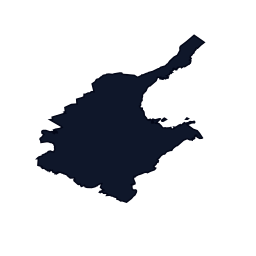 the district of Kota Bandar Lampung, Lampung, Indonesia, rotated 254°
{"feature_id": "22746128B13880384963573", "entity_name": "Kota Bandar Lampung", "entity_type": "district", "adm_level": 2, "iso_a3": "IDN", "parent_name": "Indonesia", "parent_adm1": "Lampung", "projection": "equal_earth", "projection_center": [105.271, -5.429], "detail": "fine", "context": "isolated", "style": "filled", "palette": "ink", "viewbox_px": 256, "rotation_deg": 254, "n_neighbors": 0, "source": "geoboundaries", "source_scale": "gbopen_adm2", "svg_char_len": 5863}
<svg xmlns="http://www.w3.org/2000/svg" viewBox="0 0 256 256"><g transform="rotate(254 128 128)"><path d="M189.3,224.9L198.9,217.1L194.8,208.1L192.0,200.9L190.8,200.0L188.3,199.5L184.3,195.6L183.4,191.7L180.8,186.6L178.8,184.2L178.4,182.8L177.3,181.0L177.3,176.2L176.4,174.2L176.6,173.4L175.5,167.3L175.6,163.0L175.3,162.5L175.3,160.3L174.8,157.0L175.2,156.0L174.7,155.5L174.1,151.9L174.3,150.8L176.8,148.6L179.1,142.7L179.1,141.8L179.5,141.8L180.7,138.3L181.8,137.1L182.5,137.1L183.1,135.5L183.8,129.6L183.7,127.9L185.1,124.5L185.5,122.3L184.9,120.6L185.3,120.3L185.4,118.7L184.4,116.6L184.4,115.8L183.8,115.4L183.8,114.5L183.2,113.9L183.4,111.6L183.1,110.8L181.5,109.2L180.3,105.7L172.2,105.4L172.9,103.3L172.7,102.0L172.1,101.1L172.6,99.3L172.1,96.2L172.5,95.1L169.8,94.1L170.0,93.2L169.8,92.5L169.8,86.6L165.1,85.6L166.2,80.0L165.1,73.0L161.0,72.4L160.9,71.0L159.5,72.0L159.3,58.1L157.1,58.0L157.5,55.2L148.1,64.3L146.8,64.9L146.3,62.0L146.8,58.1L146.6,55.8L144.8,56.2L145.0,58.1L143.8,58.8L143.8,58.4L142.9,58.5L143.1,58.0L143.9,57.5L142.9,55.6L143.8,54.6L144.2,54.6L144.5,55.6L145.2,55.3L145.1,54.5L145.6,53.7L145.7,52.0L148.3,48.3L149.0,45.7L148.8,44.7L148.0,44.6L148.0,44.1L146.6,44.0L146.0,45.0L144.8,45.4L144.6,44.5L144.1,44.3L143.0,42.8L142.2,40.7L141.3,40.3L140.0,40.7L138.1,40.4L137.2,46.9L136.7,47.4L136.7,48.2L135.6,49.2L135.2,50.5L133.9,51.7L133.9,52.2L130.1,52.5L129.2,51.9L127.7,52.0L126.5,50.8L125.6,50.4L125.4,49.9L126.4,47.9L127.1,47.3L127.3,45.9L126.9,45.4L127.3,44.9L126.3,43.3L126.2,41.7L125.6,40.8L125.8,40.4L125.6,38.2L124.5,37.4L124.8,35.9L124.6,34.9L124.8,34.6L124.2,33.9L124.3,33.3L123.6,32.0L123.2,33.4L117.0,31.1L114.8,34.6L114.4,34.1L114.1,34.6L113.5,34.3L112.7,34.8L112.7,35.7L111.7,37.0L110.3,37.9L110.1,38.5L109.1,38.9L109.0,40.3L108.1,40.4L108.4,40.9L108.3,41.3L109.0,41.7L108.2,42.7L108.1,43.7L106.4,43.6L105.9,44.1L105.9,44.9L105.3,45.5L104.2,45.2L104.0,46.2L103.6,46.4L104.1,48.4L104.9,47.4L104.9,48.9L104.3,49.5L103.8,51.4L103.1,51.9L102.7,52.5L102.8,53.0L101.8,53.6L101.9,54.1L100.8,54.9L100.5,56.1L99.0,56.6L95.9,58.7L94.9,62.8L93.4,62.7L93.3,62.2L92.9,62.5L92.6,62.0L92.2,62.2L92.0,61.7L87.7,64.4L87.3,65.0L87.4,66.4L84.7,67.0L84.9,70.4L83.3,70.6L82.2,72.3L80.8,76.7L80.7,79.5L80.8,80.8L81.1,81.0L81.1,82.5L81.7,82.7L81.7,84.5L82.2,85.1L81.8,87.4L78.4,85.2L75.0,87.6L75.1,85.9L74.6,85.8L74.8,83.7L74.1,82.8L73.5,83.6L73.9,84.7L72.7,86.3L72.0,86.5L71.2,89.1L70.1,90.0L69.1,88.9L68.3,92.6L67.8,93.2L67.3,93.2L67.0,94.3L65.5,95.9L64.5,97.7L63.3,98.2L62.7,97.8L61.4,99.7L60.0,100.7L59.5,102.6L57.1,106.1L57.3,106.7L59.4,111.9L61.0,114.2L61.7,116.1L63.9,118.2L65.1,118.8L65.9,118.7L66.5,117.9L66.7,115.9L67.6,115.7L68.2,115.1L70.6,115.5L71.7,116.0L71.9,115.6L72.7,115.6L72.8,117.3L72.2,117.5L72.3,118.3L72.6,118.5L72.4,119.2L73.2,119.6L77.7,119.1L79.5,120.4L79.2,120.5L79.1,121.3L79.5,121.5L80.3,124.9L80.3,127.2L80.6,128.8L80.4,128.8L80.8,131.6L80.5,133.5L79.7,134.4L80.3,137.5L80.6,141.8L81.5,143.4L81.8,143.5L81.9,142.9L83.5,142.4L83.6,142.0L84.6,142.4L84.8,143.0L84.7,143.5L85.9,145.5L87.0,145.7L87.2,146.4L86.8,147.3L88.1,148.2L89.7,147.5L90.7,149.8L92.3,152.0L93.2,154.4L92.9,156.1L94.6,158.5L94.8,162.2L94.5,163.9L95.7,165.1L96.6,166.8L97.7,169.7L97.5,170.1L97.6,170.8L101.0,178.0L101.5,182.0L99.6,184.2L99.2,185.7L98.7,186.4L100.2,186.8L100.2,187.7L99.3,187.7L99.5,188.8L99.9,189.3L100.6,189.1L101.6,190.5L101.9,190.3L102.3,190.7L102.3,191.6L102.0,192.0L101.6,191.6L100.3,192.0L98.3,194.0L97.8,196.2L98.0,196.8L103.1,195.2L106.3,193.8L108.8,190.3L114.8,185.7L115.4,190.7L114.7,193.3L115.3,193.8L116.2,193.4L116.2,191.6L117.1,189.4L116.5,187.4L116.7,185.2L117.0,183.7L117.5,183.6L117.2,182.6L116.9,182.8L116.7,182.3L115.9,179.1L116.8,179.1L116.6,177.6L115.7,174.8L115.7,173.4L116.2,172.3L114.8,172.6L114.7,169.9L114.9,169.4L116.7,169.3L116.7,167.7L117.5,164.3L117.9,163.9L118.2,161.8L119.7,160.8L120.6,160.6L123.5,159.0L124.4,157.9L124.4,157.0L124.9,156.0L127.8,161.6L127.8,162.1L128.2,160.5L128.3,156.2L129.7,154.4L129.4,153.6L128.9,153.4L128.3,154.0L126.9,153.2L126.8,154.0L126.1,154.2L126.0,153.8L126.3,153.7L125.9,153.1L126.4,152.1L127.2,152.4L127.3,152.8L127.6,152.6L128.0,153.5L128.4,153.6L130.0,151.8L129.6,151.5L129.6,151.0L130.2,151.4L130.3,150.3L130.0,149.6L131.0,148.6L132.3,148.5L135.4,147.1L139.0,147.7L140.6,147.2L141.4,146.2L141.6,146.6L142.9,146.4L143.0,146.9L142.5,147.0L143.1,147.2L143.4,146.9L143.3,145.6L145.2,145.0L146.0,145.2L145.9,145.9L146.7,146.6L147.9,146.6L150.5,148.2L150.3,148.6L150.6,149.1L152.8,149.6L154.3,150.6L155.3,150.7L157.3,152.2L157.2,152.9L158.0,153.4L158.1,154.4L159.0,155.7L160.9,157.1L161.8,158.2L162.6,159.8L162.4,160.7L165.8,168.1L168.7,170.3L167.7,172.7L167.8,173.1L166.6,172.3L165.2,175.1L165.4,175.4L166.3,173.5L166.8,174.0L166.5,176.2L165.0,177.3L165.0,178.0L165.5,178.7L164.9,180.1L165.9,180.9L166.3,180.0L166.9,180.5L167.5,180.0L167.4,180.6L168.1,181.4L167.8,182.1L168.6,182.7L168.4,182.9L168.6,183.2L169.3,182.8L168.9,183.4L169.4,184.0L168.7,184.7L169.2,185.3L169.6,185.2L169.5,185.8L170.7,184.9L170.6,185.7L171.4,188.0L171.9,187.7L172.0,188.0L171.5,188.8L172.2,188.4L171.9,189.1L171.4,189.4L172.3,189.2L172.1,189.5L172.3,189.5L170.7,190.1L170.7,191.0L171.6,191.0L171.6,192.2L172.5,192.3L172.3,195.3L172.1,195.7L171.2,196.0L171.9,198.2L171.3,199.4L172.6,203.9L172.5,204.4L173.5,205.4L173.3,205.8L175.2,206.9L175.8,206.1L176.1,206.6L176.5,206.1L176.7,206.5L177.3,207.8L178.6,207.5L178.7,207.1L179.9,207.7L180.5,209.4L181.7,210.7L182.1,212.0L183.5,212.8L184.8,215.0L185.3,214.8L185.7,215.1L186.1,216.0L185.5,216.8L187.6,220.7L189.3,224.9ZM125.9,162.4L125.2,162.5L124.8,163.5L125.0,163.7L125.1,165.1L125.5,165.4L125.5,166.1L125.4,166.3L125.8,166.4L125.8,167.1L127.0,166.1L126.9,165.5L127.4,165.4L126.7,163.9L126.7,163.2L126.1,163.1L125.9,162.4ZM121.4,187.4L120.5,186.0L120.0,187.4L120.3,188.6L121.4,187.4Z" fill="#0f172a" stroke="#020617" stroke-width="1.5"/></g></svg>